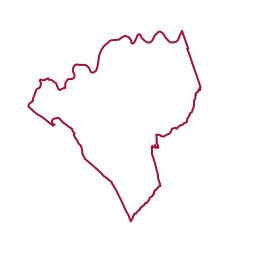 Lacusteni, Vâlcea, Romania (Robinson projection), rotated 249°
{"feature_id": "2599482B8847847737494", "entity_name": "Lacusteni", "entity_type": "district", "adm_level": 2, "iso_a3": "ROU", "parent_name": "Romania", "parent_adm1": "Vâlcea", "projection": "robinson", "projection_center": [23.871, 44.712], "detail": "fine", "context": "isolated", "style": "outline", "palette": "rose", "viewbox_px": 256, "rotation_deg": 249, "n_neighbors": 0, "source": "geoboundaries", "source_scale": "gbopen_adm2", "svg_char_len": 5803}
<svg xmlns="http://www.w3.org/2000/svg" viewBox="0 0 256 256"><g transform="rotate(249 128 128)"><path d="M215.0,155.8L213.9,151.6L213.9,151.1L214.0,150.7L213.9,150.5L214.0,150.1L214.3,149.3L215.1,146.4L215.7,144.5L215.9,143.5L215.8,142.2L215.2,140.8L214.5,139.1L213.3,135.6L212.8,134.5L212.0,133.3L210.7,131.6L209.7,130.4L208.4,129.1L207.1,128.0L205.6,126.9L201.2,124.4L196.6,121.7L195.4,120.9L193.5,119.2L193.1,118.7L192.5,117.3L192.3,116.3L192.3,115.6L192.4,115.0L192.6,114.5L192.9,114.0L193.3,113.6L194.2,113.3L196.7,113.2L198.0,113.1L199.0,112.7L200.0,112.3L200.7,111.9L201.4,111.4L202.1,110.5L202.9,109.3L203.6,107.0L205.0,104.0L205.5,103.2L205.7,102.6L205.8,101.6L205.7,101.0L205.3,100.3L204.7,99.4L203.9,98.6L202.4,97.5L201.6,97.2L200.0,96.9L196.9,97.1L196.0,96.9L194.8,96.1L194.3,95.5L193.9,94.6L193.8,93.7L194.0,92.7L194.8,90.4L194.9,89.6L194.8,89.0L194.5,88.3L194.0,87.5L193.2,86.7L192.7,86.0L190.5,84.7L189.1,84.2L188.0,83.9L188.3,82.6L188.2,81.3L188.0,78.5L188.1,77.7L189.2,77.3L190.1,76.9L191.4,76.9L192.0,76.8L194.8,76.9L195.6,76.8L195.9,76.7L196.9,75.8L198.3,75.1L198.6,74.7L199.1,74.6L200.2,73.8L201.3,71.8L201.4,71.4L202.3,71.3L202.5,71.1L203.0,71.1L202.8,68.2L202.7,68.0L202.6,67.3L202.8,66.3L203.1,65.7L203.5,65.1L204.5,63.9L204.5,63.4L204.0,62.8L203.7,62.6L202.3,62.7L201.4,63.0L200.6,62.8L197.6,60.5L197.3,60.2L197.2,59.3L197.2,58.7L196.9,56.7L196.6,56.1L196.0,55.4L194.8,54.8L194.5,54.3L193.4,53.2L192.4,52.6L191.4,51.7L190.3,50.5L188.3,49.2L188.1,48.9L187.3,48.9L186.6,46.7L186.2,44.9L185.6,44.1L184.9,43.4L184.5,43.4L183.9,42.9L183.3,42.8L180.8,44.2L176.4,46.4L172.8,48.6L171.3,50.0L168.8,51.9L157.7,58.5L157.0,59.0L157.5,60.3L158.1,59.7L158.4,59.5L159.5,59.3L160.7,59.3L161.4,59.4L161.8,59.6L162.5,60.2L162.8,60.8L163.2,61.7L163.1,62.7L162.9,63.8L162.8,65.7L162.5,66.3L162.0,67.2L159.9,67.9L156.8,69.1L154.8,70.3L153.0,71.7L151.6,72.4L149.8,73.6L149.1,74.1L148.4,74.6L148.2,74.8L147.1,75.4L146.0,75.2L143.5,75.6L142.8,75.8L142.1,76.1L141.7,75.5L141.2,74.9L137.5,75.2L137.3,75.4L137.0,75.5L133.1,76.3L131.5,76.3L130.8,76.4L128.8,77.5L127.9,77.5L127.0,77.5L125.6,77.6L122.9,77.0L120.3,76.2L119.6,76.3L117.7,76.3L116.6,76.7L115.9,76.7L115.0,76.5L110.7,78.9L108.5,80.0L107.6,80.6L105.6,81.6L101.0,84.1L98.4,85.3L95.2,86.9L92.1,88.0L88.1,90.6L85.6,91.9L84.3,92.8L83.1,93.4L82.8,93.2L82.0,93.2L77.0,94.2L74.5,94.6L60.4,95.9L56.5,96.1L55.8,96.0L54.4,96.2L50.8,96.4L46.4,97.2L45.4,97.3L44.3,97.2L43.2,97.1L41.5,97.1L40.1,97.4L40.3,97.7L41.0,98.4L42.1,99.9L43.9,101.2L44.4,102.1L45.7,103.4L45.8,103.8L45.3,104.4L45.2,104.6L45.3,104.8L45.6,105.2L47.2,108.0L47.3,108.5L47.4,109.7L47.5,109.9L47.6,110.0L48.6,110.5L49.2,111.8L49.3,112.2L49.7,112.7L49.7,113.1L49.9,113.6L49.9,114.1L50.2,115.4L50.9,115.9L51.6,116.8L51.6,117.2L51.3,117.8L51.3,118.0L51.3,118.3L51.5,118.7L51.6,119.1L52.1,120.0L52.4,120.4L52.5,120.9L52.8,121.3L53.8,122.2L54.0,122.5L54.5,122.7L55.0,123.2L55.3,124.1L55.4,124.9L55.4,125.4L55.5,125.9L56.0,126.5L56.6,127.0L56.9,127.5L57.0,128.3L57.2,128.7L57.6,129.0L57.8,129.0L58.3,128.9L59.1,129.4L59.3,129.7L59.3,129.9L59.5,130.2L60.0,130.6L60.3,131.0L60.3,131.3L60.3,132.2L60.4,132.4L60.5,132.8L61.2,133.4L61.3,134.1L61.9,134.8L62.0,135.4L62.4,136.2L62.4,136.6L62.3,136.8L62.4,137.5L65.9,137.9L70.4,138.1L73.7,139.2L76.0,139.5L77.8,139.6L85.6,140.6L92.7,141.0L95.6,141.0L96.3,141.6L96.5,141.6L97.3,142.0L98.3,142.3L102.3,143.7L102.4,144.3L101.4,144.4L101.0,144.6L101.0,145.1L100.8,145.6L100.9,145.9L101.0,146.1L101.5,146.5L102.1,146.8L102.2,147.0L101.1,147.1L100.7,147.0L100.1,146.8L99.7,146.8L99.5,147.1L99.5,147.3L99.6,147.5L99.8,148.0L99.5,148.5L98.7,148.7L98.7,149.0L98.9,149.3L99.5,149.4L99.8,149.6L101.7,149.7L102.6,149.5L104.5,149.5L104.6,149.8L105.0,150.1L111.4,152.0L111.5,152.3L111.0,153.4L110.7,153.9L110.5,154.6L110.3,155.1L109.9,155.4L109.2,155.6L108.9,155.8L108.3,156.4L107.2,158.0L107.1,158.3L107.4,158.9L107.7,160.7L107.8,161.6L107.8,164.0L108.0,165.0L108.2,165.3L108.6,165.9L110.3,167.8L111.5,168.8L111.4,169.2L111.5,170.4L111.3,171.9L110.2,173.1L110.0,173.6L110.3,173.6L110.7,174.1L110.7,174.4L110.7,175.0L111.1,175.7L111.2,176.4L111.7,177.5L111.4,179.6L111.5,179.9L111.5,180.2L112.1,180.9L112.3,181.5L112.4,182.1L112.2,182.8L112.1,183.1L112.5,183.9L112.5,185.0L112.9,185.3L114.4,185.9L115.7,187.1L116.9,189.0L117.1,189.3L117.5,189.6L118.1,189.9L118.4,190.2L118.7,190.8L119.2,191.1L119.4,191.3L119.6,191.7L119.7,192.9L119.9,193.3L120.4,193.8L120.9,194.1L121.5,194.6L122.4,195.1L123.3,196.3L124.8,197.1L125.2,197.7L125.6,198.0L126.6,198.2L129.7,199.4L131.2,200.9L131.9,201.8L132.5,202.1L133.0,202.1L133.7,202.3L134.0,202.6L134.2,203.0L134.6,203.3L134.9,203.4L135.2,203.1L135.5,203.1L135.9,203.5L136.1,204.2L136.6,204.7L136.5,205.2L136.7,205.5L136.7,206.1L136.8,206.4L137.2,206.7L137.2,207.0L138.0,207.2L138.2,207.3L138.1,207.8L137.6,208.6L137.7,208.8L138.0,209.3L139.2,209.0L139.6,209.0L140.0,210.3L144.7,210.6L150.4,210.8L152.3,210.8L159.8,211.1L162.4,211.1L172.3,211.6L180.8,211.7L180.8,212.7L199.9,213.2L198.8,212.7L198.1,212.2L195.5,209.0L194.6,208.6L192.6,206.4L192.0,205.7L191.6,204.9L191.4,204.2L191.4,203.0L191.5,201.5L191.9,200.6L192.0,200.0L192.3,199.4L192.4,198.9L192.7,198.4L194.2,197.4L194.9,197.0L196.0,196.6L198.5,195.6L202.8,194.7L204.4,194.1L205.0,193.8L206.3,192.6L206.7,191.7L206.8,190.9L206.6,190.1L206.0,189.0L205.0,186.5L204.4,185.7L202.5,183.7L200.9,181.8L200.4,180.9L200.1,179.8L200.1,178.6L200.7,177.3L201.6,176.2L203.0,175.1L204.0,174.6L205.1,174.0L207.1,173.1L209.0,172.9L210.4,172.9L210.9,172.7L211.3,172.4L211.5,171.6L211.3,170.4L210.6,169.5L209.5,168.7L207.1,166.1L205.6,164.4L205.4,164.0L205.1,163.2L205.2,162.7L205.5,162.2L205.8,161.9L206.4,161.7L206.9,161.8L207.8,162.2L208.6,162.3L209.3,162.2L212.3,161.3L214.1,159.5L214.7,158.9L215.1,157.4L215.1,156.6L215.0,155.8Z" fill="none" stroke="#9f1239" stroke-width="2"/></g></svg>